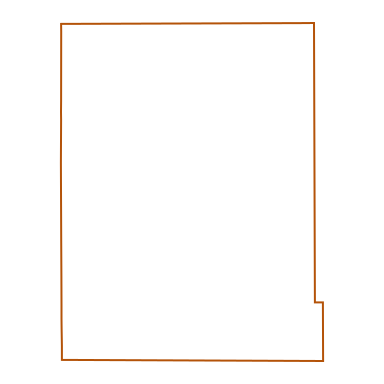 Hamilton, Kansas, United States of America (orthographic projection)
{"feature_id": "52423323B73588263227538", "entity_name": "Hamilton", "entity_type": "district", "adm_level": 2, "iso_a3": "USA", "parent_name": "United States of America", "parent_adm1": "Kansas", "projection": "orthographic", "projection_center": [-101.918, 38.0], "detail": "fine", "context": "isolated", "style": "outline", "palette": "amber", "viewbox_px": 384, "rotation_deg": 0, "n_neighbors": 0, "source": "geoboundaries", "source_scale": "gbopen_adm2", "svg_char_len": 348}
<svg xmlns="http://www.w3.org/2000/svg" viewBox="0 0 384 384"><path d="M61.9,359.9L323.1,361.0L322.9,302.4L314.9,302.4L314.0,23.0L301.4,23.1L61.1,23.9L61.2,31.8L61.1,101.3L61.0,112.0L61.1,119.7L60.9,163.0L61.2,238.3L61.2,239.6L61.4,276.9L61.5,305.0L61.5,318.2L61.6,327.7L61.9,346.0L61.9,359.9Z" fill="none" stroke="#b45309" stroke-width="2"/></svg>